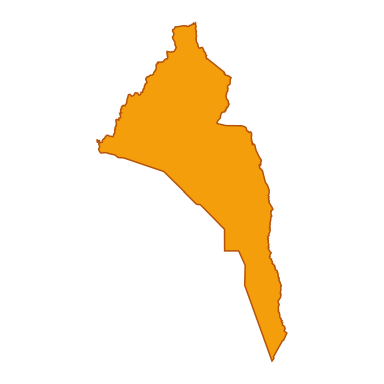 Capayán, Catamarca, Argentina
{"feature_id": "61730980B90105410435104", "entity_name": "Capayán", "entity_type": "district", "adm_level": 2, "iso_a3": "ARG", "parent_name": "Argentina", "parent_adm1": "Catamarca", "projection": "orthographic", "projection_center": [-65.985, -29.028], "detail": "fine", "context": "isolated", "style": "filled", "palette": "amber", "viewbox_px": 384, "rotation_deg": 0, "n_neighbors": 0, "source": "geoboundaries", "source_scale": "gbopen_adm2", "svg_char_len": 5912}
<svg xmlns="http://www.w3.org/2000/svg" viewBox="0 0 384 384"><path d="M272.0,361.0L273.9,358.5L273.6,356.5L282.4,340.8L283.6,340.3L286.9,333.0L284.4,331.2L284.2,330.7L285.1,328.9L284.8,328.6L284.8,327.1L284.2,326.3L283.0,325.3L282.3,324.9L282.5,324.2L282.3,323.3L282.6,322.7L282.2,322.6L281.9,321.8L281.4,321.5L282.1,320.5L281.3,320.1L281.0,318.8L280.8,318.9L279.7,316.9L279.6,316.5L279.9,316.1L279.5,313.4L279.2,312.6L278.3,311.6L278.3,311.3L278.7,310.8L278.4,310.3L278.4,306.1L279.1,305.1L279.1,304.3L278.0,301.8L278.0,301.3L280.3,297.7L280.8,296.1L280.9,295.4L280.6,295.2L281.0,294.0L280.2,293.2L280.9,290.0L280.6,287.5L281.3,286.0L281.0,285.7L281.2,285.3L280.2,283.3L280.2,282.5L279.0,280.6L279.2,279.7L278.6,277.9L279.0,277.8L278.1,276.3L278.1,273.7L277.2,272.4L277.5,272.1L276.9,270.4L275.4,269.7L275.0,267.8L275.2,267.6L274.6,266.5L274.8,266.0L274.3,265.9L273.6,264.2L273.0,264.3L272.1,263.5L272.4,261.8L271.4,260.2L271.5,259.2L270.2,258.5L269.6,257.6L269.5,256.8L270.1,256.3L269.8,255.4L270.3,254.0L270.6,253.9L271.1,253.0L271.1,252.6L269.8,251.5L268.7,249.5L268.4,248.6L268.9,247.7L268.7,247.2L268.1,246.9L268.2,246.4L268.6,246.2L268.8,244.3L268.5,243.8L268.1,241.4L268.3,241.3L268.3,240.3L267.6,239.2L268.4,238.7L268.3,238.2L267.8,237.7L267.6,236.8L268.1,236.6L269.0,235.5L268.7,234.1L269.6,232.5L270.3,229.9L269.9,228.9L269.4,228.4L269.4,228.0L269.9,227.9L270.1,227.3L269.6,226.0L270.0,225.1L270.0,224.5L270.3,224.1L269.9,222.5L270.2,222.2L270.7,220.4L270.5,219.8L270.9,218.7L270.8,218.3L271.1,216.6L271.8,216.0L271.0,214.4L270.9,212.3L271.2,211.8L270.9,211.0L271.5,210.7L272.3,209.5L272.6,209.7L272.9,209.4L272.4,208.0L268.7,201.9L269.2,201.4L269.3,200.9L268.6,199.5L268.9,198.5L268.5,198.2L268.5,197.5L269.1,196.7L268.2,195.5L269.0,193.9L269.2,190.2L267.4,185.2L265.3,182.2L262.4,170.5L261.9,170.4L261.0,169.0L259.8,168.3L259.9,168.1L259.5,167.5L259.8,167.1L259.5,165.8L259.0,165.4L259.4,164.8L259.8,165.5L260.7,164.9L260.9,164.1L260.6,162.3L261.4,161.1L261.0,159.7L260.5,159.2L260.5,158.6L259.6,157.7L256.0,150.3L255.8,149.1L255.2,147.3L255.0,145.3L253.9,144.1L253.2,143.8L252.8,144.7L252.5,144.7L252.2,143.9L252.2,143.3L252.0,142.9L252.3,142.5L252.1,141.3L251.3,140.5L251.7,139.8L251.4,139.5L251.5,138.8L251.3,136.6L251.6,136.1L251.5,135.8L251.7,135.2L251.4,134.2L251.6,133.4L250.8,132.2L250.2,132.3L250.1,131.9L249.3,132.5L248.5,132.2L247.8,130.9L247.1,130.8L246.4,129.5L246.3,128.1L245.1,127.0L241.8,125.8L225.8,125.6L218.2,123.8L217.3,123.5L216.8,122.9L217.6,121.5L217.8,120.7L220.2,118.1L220.7,115.0L221.8,112.7L222.9,112.1L224.2,112.0L224.9,111.7L224.8,111.1L225.0,110.7L225.8,110.6L225.7,109.2L226.7,108.7L226.6,107.4L226.9,107.1L227.7,107.1L228.2,106.3L228.4,105.2L229.1,104.4L229.0,103.7L228.3,103.0L228.4,101.3L226.7,99.0L225.9,95.7L226.5,94.6L226.4,92.8L227.3,91.9L227.4,91.2L227.9,90.7L227.6,89.2L228.1,88.4L227.5,87.0L227.4,86.1L229.9,84.2L230.1,83.7L230.2,79.5L231.1,77.8L230.6,77.2L229.6,76.8L229.0,76.1L225.4,75.0L225.2,74.1L224.5,74.1L224.2,73.8L224.0,73.1L224.4,72.7L224.2,72.2L207.1,58.5L206.9,58.7L206.3,57.9L206.3,57.3L206.0,56.9L206.0,56.2L206.6,55.5L205.5,54.4L205.6,53.5L205.3,52.6L204.4,52.0L204.2,51.3L203.8,51.1L203.7,50.2L202.5,47.6L202.1,47.4L201.9,47.8L200.7,47.7L199.7,48.1L198.8,47.9L198.2,46.6L197.8,44.2L196.3,41.6L196.3,39.8L196.1,38.9L196.3,38.6L196.0,38.1L196.0,37.3L196.5,36.7L196.6,35.8L195.9,33.9L196.5,31.7L195.9,31.3L196.0,29.4L195.3,28.2L196.0,27.1L196.1,26.1L195.7,25.6L195.5,23.0L195.1,23.4L194.9,24.1L194.5,24.0L193.8,23.2L193.6,23.8L193.3,23.6L192.7,24.3L192.2,24.2L191.5,25.0L190.4,25.4L189.5,25.4L188.4,26.5L186.6,26.2L186.1,25.8L184.9,26.0L184.0,25.6L176.8,26.9L175.3,26.8L174.3,28.9L173.7,29.4L172.7,29.7L172.6,31.4L173.5,32.6L174.0,34.0L173.4,35.8L172.6,36.6L172.6,38.2L174.8,42.0L175.2,44.1L174.9,44.6L176.0,46.9L176.0,47.4L176.3,47.5L175.6,49.0L175.1,49.6L174.8,50.5L173.8,51.6L171.3,51.8L170.8,52.3L167.1,51.4L166.8,53.5L167.7,54.5L167.2,55.8L167.6,56.4L167.8,57.6L167.3,58.7L166.0,58.9L165.7,59.4L165.0,59.4L163.6,61.2L162.5,62.0L161.4,62.0L161.1,62.0L160.9,62.3L158.2,62.0L157.9,62.2L158.0,62.6L157.7,62.4L157.3,62.9L157.1,63.7L156.6,64.2L156.5,64.6L156.2,64.6L156.0,66.1L156.3,66.5L156.4,67.3L156.1,68.0L156.0,69.5L154.9,70.8L154.8,71.5L153.8,72.3L153.4,74.1L151.8,75.3L150.8,75.1L149.6,75.6L148.4,76.8L147.2,76.7L145.7,78.8L146.0,79.2L145.8,79.7L146.3,80.5L147.0,82.6L146.2,83.1L146.1,83.7L145.3,83.9L145.1,84.2L145.2,84.8L144.6,85.4L144.7,86.0L144.2,86.9L144.4,87.5L144.1,88.5L143.8,88.5L143.6,89.0L143.2,89.1L142.6,92.3L141.0,92.3L141.0,93.5L140.5,94.0L140.0,95.0L139.1,95.1L138.6,94.9L137.9,93.3L135.8,92.7L134.8,93.2L134.0,95.0L133.6,95.5L132.3,96.1L131.5,96.2L130.8,95.1L130.1,94.8L130.1,94.5L128.8,94.5L128.5,94.7L127.4,98.7L127.1,99.0L126.9,101.0L126.6,101.8L126.8,102.3L126.4,103.7L126.0,103.9L124.9,105.8L123.9,105.3L123.0,106.0L122.6,105.8L122.5,106.2L121.5,106.9L121.6,108.8L121.0,108.8L120.6,110.3L120.7,112.6L121.2,112.8L120.6,113.1L120.5,114.1L119.8,113.7L120.6,116.5L120.6,117.4L120.3,117.5L120.3,117.9L118.9,118.1L118.8,120.1L116.8,119.4L115.9,119.9L115.8,120.7L116.4,121.7L116.1,122.4L116.4,124.1L116.2,124.6L116.4,125.3L116.1,125.4L116.2,125.8L115.2,127.0L115.1,128.2L115.5,129.1L114.9,129.3L114.6,129.9L114.8,130.5L114.8,132.8L114.6,133.3L113.8,133.9L113.6,135.2L113.0,136.7L109.1,136.0L108.1,135.4L107.0,135.2L105.9,136.1L105.7,136.6L104.9,137.4L104.6,138.6L103.5,138.9L102.7,139.9L102.3,140.7L102.4,142.1L101.4,142.4L100.5,142.6L99.8,142.1L99.4,141.5L99.5,140.6L98.0,140.7L97.5,139.9L97.1,139.9L97.1,141.6L97.4,142.2L98.4,142.0L98.8,143.0L99.3,143.4L98.8,144.3L99.6,146.1L99.4,147.7L98.7,148.6L99.0,150.4L100.4,152.6L100.9,153.0L106.1,152.6L108.2,153.4L115.0,155.0L118.1,157.5L123.7,157.9L163.8,171.5L183.0,190.4L184.7,192.2L184.5,192.3L196.2,204.0L197.2,204.4L199.9,204.6L200.8,205.1L224.5,229.3L224.6,250.9L238.7,250.9L245.2,265.3L244.7,285.2L272.0,361.0Z" fill="#f59e0b" stroke="#b45309" stroke-width="1.5"/></svg>